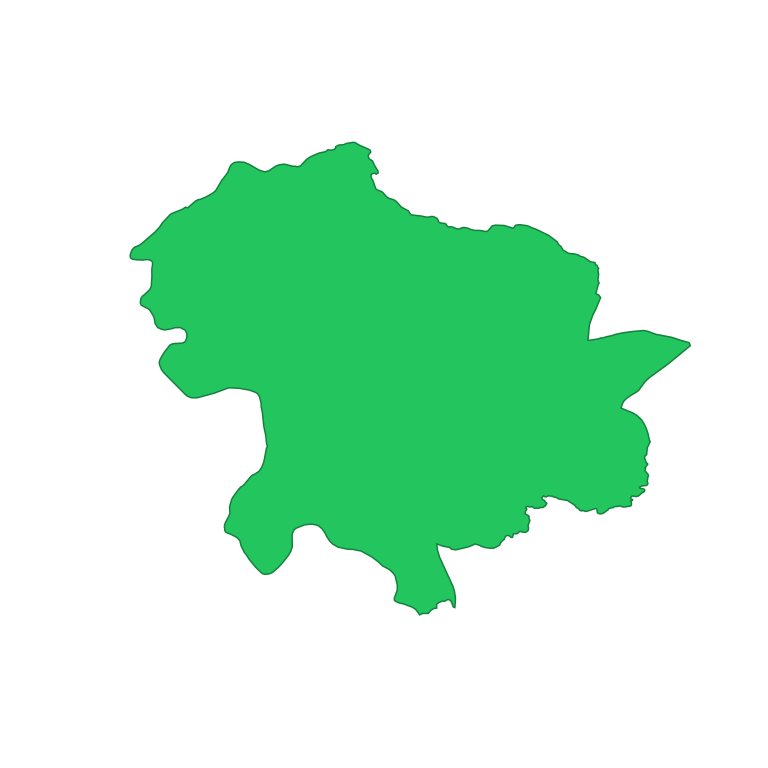 outline of Maputsoe, Leribe, Lesotho, rotated 289°
{"feature_id": "5366337B94933282431909", "entity_name": "Maputsoe", "entity_type": "district", "adm_level": 2, "iso_a3": "LSO", "parent_name": "Lesotho", "parent_adm1": "Leribe", "projection": "orthographic", "projection_center": [27.931, -28.897], "detail": "fine", "context": "isolated", "style": "filled", "palette": "green", "viewbox_px": 768, "rotation_deg": 289, "n_neighbors": 0, "source": "geoboundaries", "source_scale": "gbopen_adm2", "svg_char_len": 6159}
<svg xmlns="http://www.w3.org/2000/svg" viewBox="0 0 768 768"><g transform="rotate(289 384 384)"><path d="M567.5,544.0L566.8,539.5L568.9,531.8L568.7,527.8L569.3,525.6L569.0,521.7L567.7,516.5L567.8,515.0L568.9,509.8L571.6,506.6L572.8,503.5L574.8,501.5L578.1,491.5L579.8,477.5L579.9,472.6L580.3,469.6L580.0,466.1L578.8,460.5L577.3,457.2L576.7,456.6L573.9,455.8L573.3,455.0L573.0,446.0L570.5,437.7L568.8,434.8L563.3,432.7L562.1,432.0L561.4,430.6L560.3,424.3L558.7,419.5L558.4,416.0L558.6,411.4L558.0,408.5L556.9,406.5L555.0,404.9L554.5,402.0L554.7,398.0L554.4,396.0L553.7,394.2L553.7,392.6L555.5,390.3L555.6,389.4L554.8,385.8L554.7,383.9L555.3,382.6L556.6,381.8L557.9,380.0L558.4,376.6L558.0,374.6L556.3,371.8L555.6,369.6L554.9,364.3L552.8,354.8L553.4,353.4L555.6,350.8L556.9,342.9L560.6,336.2L561.4,333.2L561.1,328.3L562.0,325.2L564.6,320.7L565.2,318.9L565.2,315.2L565.9,312.7L573.1,307.0L575.0,304.7L577.1,303.8L578.0,303.7L579.1,304.5L580.3,306.7L579.8,308.2L581.3,309.7L583.2,309.2L587.9,303.5L591.2,300.5L592.0,297.0L593.4,295.4L595.2,294.6L598.9,296.0L600.6,294.8L601.0,292.8L601.8,283.0L602.9,277.9L602.3,275.8L599.4,270.5L596.8,267.4L595.3,263.5L592.6,261.0L591.1,261.5L589.0,259.9L587.8,257.8L587.3,254.7L584.7,253.2L581.3,247.5L576.4,242.1L573.6,239.4L570.8,237.5L562.9,234.0L561.2,231.5L561.1,229.6L560.1,226.5L559.5,218.2L557.3,213.9L555.0,210.9L548.7,206.2L546.0,202.9L545.7,201.4L545.6,196.1L547.7,185.5L548.1,179.6L546.8,174.5L544.8,170.5L542.3,168.5L539.9,167.7L533.8,167.4L531.0,166.8L523.5,164.2L511.9,161.9L508.5,159.7L503.8,155.7L499.0,150.5L497.7,148.2L495.5,146.1L486.7,141.1L486.5,138.7L483.6,136.5L476.0,127.7L474.1,126.4L464.2,122.0L458.9,120.6L452.9,117.9L437.3,108.8L435.4,107.3L431.8,103.3L428.3,102.0L423.3,102.0L421.0,103.0L420.4,104.1L420.1,105.7L421.0,110.1L422.7,115.7L424.5,119.3L425.0,121.7L424.7,124.3L424.0,125.2L422.4,126.1L416.9,127.1L409.7,129.7L400.7,132.1L398.4,132.0L396.3,131.4L390.3,128.3L388.5,127.0L385.6,126.3L381.3,127.2L379.6,128.8L379.1,131.0L378.4,136.5L377.7,138.4L373.4,143.6L371.3,145.4L366.7,147.9L363.7,151.6L363.3,156.0L363.8,159.2L367.2,165.4L368.9,167.5L371.0,172.8L370.3,178.2L367.6,181.2L363.7,182.5L360.3,182.4L358.8,181.8L356.9,179.8L354.1,172.8L352.4,170.0L350.7,168.7L342.5,165.9L335.3,164.4L332.7,164.2L330.8,164.6L329.1,165.5L325.4,168.7L323.2,171.7L309.2,200.0L308.4,202.7L308.3,206.2L309.6,210.7L310.7,212.7L320.0,226.4L329.6,238.1L330.2,239.5L332.8,248.5L334.4,258.8L334.3,264.4L334.0,266.7L333.6,267.8L332.0,269.8L329.8,271.6L325.1,274.4L322.6,275.2L317.3,278.4L304.9,284.1L296.4,289.2L290.2,292.0L286.6,294.1L284.8,293.8L271.6,295.7L265.4,295.5L260.9,294.3L257.2,291.6L254.7,289.0L253.1,288.2L243.7,284.6L241.3,283.3L239.8,282.0L236.7,280.7L228.0,278.0L225.2,277.6L219.5,277.8L216.8,278.2L211.8,280.4L207.8,280.2L200.9,279.1L197.7,279.3L193.9,281.1L192.7,282.0L192.2,283.1L192.0,288.4L191.3,293.4L190.7,295.6L188.8,298.8L184.3,301.7L179.1,307.0L177.8,309.2L174.1,313.9L168.8,322.6L165.1,330.5L165.2,333.2L166.1,335.3L167.5,337.8L169.5,339.9L176.0,343.7L181.0,345.9L189.7,349.1L195.1,350.3L200.1,350.3L210.4,346.6L212.7,346.1L216.8,346.4L218.7,347.6L220.5,349.5L225.2,355.1L228.0,361.4L228.7,366.0L228.5,368.5L227.0,372.6L223.6,377.1L221.2,379.4L217.8,383.8L215.9,387.9L214.8,393.6L215.8,402.2L216.4,405.1L217.4,408.0L218.6,416.7L216.6,428.3L214.3,435.7L211.5,441.9L210.5,448.7L209.1,452.5L207.9,454.7L206.1,457.1L198.1,462.1L193.5,463.6L184.6,463.5L183.0,464.2L182.2,465.9L181.9,470.2L182.4,473.5L182.2,483.4L181.4,486.6L180.4,488.6L177.3,492.8L179.5,495.0L181.5,500.6L185.2,502.0L187.9,504.1L189.3,506.8L192.8,505.4L195.2,507.0L197.6,509.7L198.3,512.0L200.9,514.4L201.3,515.9L200.4,518.2L195.7,522.2L195.7,523.8L204.6,521.4L210.8,518.2L214.9,515.3L238.5,492.8L244.2,488.8L250.0,485.9L249.8,492.2L250.6,498.2L251.0,499.1L249.8,501.5L250.5,505.8L256.4,515.2L258.4,518.0L262.4,522.2L262.6,526.8L262.2,528.5L262.3,533.0L263.4,538.4L264.7,541.5L269.1,545.7L273.1,546.3L276.5,548.4L278.6,548.2L280.1,548.9L281.0,550.1L281.3,551.7L280.3,554.0L280.7,555.3L281.6,555.5L284.1,555.1L284.8,555.4L285.3,557.6L286.0,558.8L287.8,559.8L288.4,559.7L289.0,561.3L289.0,562.8L289.7,566.0L290.8,567.1L292.5,568.0L294.9,567.6L296.1,566.7L298.0,566.2L302.4,566.4L304.1,564.9L306.0,564.3L306.6,563.2L307.1,559.8L309.2,559.2L312.0,559.8L312.5,559.5L312.9,558.3L313.5,558.1L313.8,558.6L315.0,559.2L315.2,562.1L316.3,564.3L315.5,566.4L315.9,568.0L317.1,571.1L317.8,571.4L319.0,574.6L321.6,576.3L323.9,576.9L324.6,576.1L325.4,574.1L326.2,573.7L326.1,572.4L326.5,571.2L327.3,570.5L328.1,570.2L330.2,571.4L329.7,573.0L330.1,574.1L331.7,575.7L332.7,579.7L332.4,580.9L332.8,583.6L332.2,586.5L333.6,595.5L331.4,604.1L330.0,605.8L329.3,609.0L328.4,609.9L328.3,612.3L329.2,613.3L329.1,615.8L329.5,617.0L335.2,624.6L335.0,625.7L334.2,626.8L333.5,626.7L331.6,627.8L331.4,630.5L333.0,633.3L337.8,636.7L339.2,637.1L340.3,638.4L341.4,640.1L341.5,640.8L343.1,641.9L344.6,645.3L345.6,646.4L345.4,648.4L345.7,650.8L348.5,656.2L349.3,657.1L350.1,657.3L351.3,657.0L353.2,656.2L353.7,655.3L354.9,656.8L355.6,656.7L355.9,654.9L356.3,654.4L357.6,654.4L358.6,654.9L359.2,655.9L359.6,658.9L361.0,661.1L365.2,663.5L366.6,665.0L368.2,665.3L369.3,664.3L368.8,659.9L369.7,659.1L371.8,661.5L373.6,665.4L375.5,666.0L376.7,665.5L377.6,664.5L380.8,664.1L381.2,663.7L383.0,664.1L383.7,663.7L384.7,662.9L386.9,659.0L388.9,658.9L389.4,658.2L394.2,659.5L395.4,657.1L397.3,655.9L398.6,654.5L401.4,654.3L402.4,655.3L403.4,655.2L409.4,653.7L416.1,654.5L417.4,653.2L422.4,650.2L427.2,646.6L430.5,643.5L433.9,639.3L436.4,633.9L437.6,629.1L438.4,615.9L443.0,615.9L444.9,616.1L448.5,617.5L452.5,620.2L458.0,624.9L460.7,626.8L471.6,630.2L477.1,633.3L495.1,645.9L519.9,661.1L522.3,659.3L522.4,658.3L521.9,650.1L521.8,640.9L519.5,624.8L519.7,616.1L519.1,612.1L514.9,602.6L510.0,592.9L506.4,586.9L503.9,583.7L501.3,579.2L498.7,575.8L498.2,574.1L496.3,571.7L492.3,564.2L491.9,562.6L507.1,558.9L517.2,559.0L523.6,559.9L536.2,560.7L538.1,558.0L538.4,554.9L547.1,554.2L549.4,554.5L552.0,552.4L557.8,551.2L559.1,550.2L559.8,550.2L560.9,549.2L563.3,549.3L563.5,548.6L565.6,546.8L565.7,545.1L567.5,544.0Z" fill="#22c55e" stroke="#15803d" stroke-width="1.5"/></g></svg>